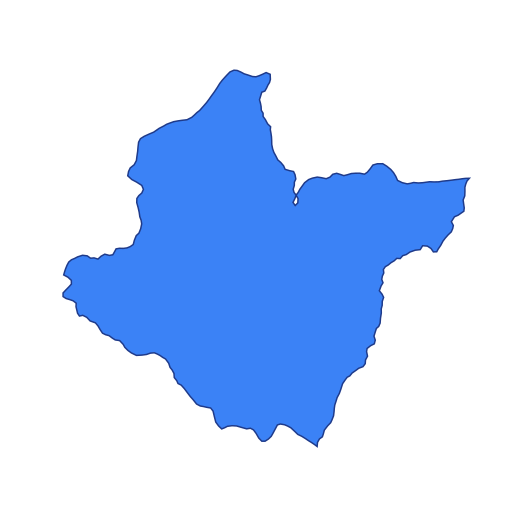 the district of Varzelândia, Minas Gerais, Brazil, rotated 298°
{"feature_id": "56859067B50671796395977", "entity_name": "Varzelândia", "entity_type": "district", "adm_level": 2, "iso_a3": "BRA", "parent_name": "Brazil", "parent_adm1": "Minas Gerais", "projection": "albers", "projection_center": [-43.92, -15.637], "detail": "fine", "context": "isolated", "style": "filled", "palette": "blue", "viewbox_px": 512, "rotation_deg": 298, "n_neighbors": 0, "source": "geoboundaries", "source_scale": "gbopen_adm2", "svg_char_len": 4449}
<svg xmlns="http://www.w3.org/2000/svg" viewBox="0 0 512 512"><g transform="rotate(298 256 256)"><path d="M116.5,399.4L120.3,397.8L124.3,397.9L127.5,399.5L130.4,399.0L134.3,398.1L139.7,399.0L143.9,400.2L147.1,400.0L151.3,399.5L155.2,398.0L158.4,396.6L161.5,395.5L165.0,394.9L169.1,394.1L173.7,394.1L177.9,393.5L183.9,392.4L188.4,392.9L191.7,393.4L194.2,395.1L197.8,395.8L201.7,397.8L205.1,399.4L208.5,402.4L212.2,403.0L215.6,401.5L219.9,401.5L223.5,398.5L226.5,397.5L230.6,399.3L234.0,401.7L237.7,400.8L240.6,397.8L245.2,396.9L248.6,396.3L251.4,397.4L255.0,397.1L259.6,395.1L264.5,393.4L268.1,391.4L271.6,390.6L275.2,388.8L279.4,388.1L281.5,385.2L283.2,381.2L288.4,380.5L292.0,380.7L294.4,378.0L297.6,377.0L301.0,376.8L303.9,374.8L307.3,375.2L310.2,377.0L313.4,378.3L316.7,380.3L320.0,381.4L321.4,384.5L325.2,385.4L327.8,388.0L331.8,390.1L335.9,393.9L338.7,398.0L343.3,398.3L345.2,402.7L344.8,406.9L342.9,410.7L344.6,413.6L347.7,413.6L352.1,414.1L356.9,414.1L360.6,414.7L364.8,415.7L369.0,417.1L372.6,416.8L375.6,415.9L378.0,412.4L383.8,412.8L386.9,415.3L389.8,416.8L393.1,418.5L396.2,417.3L399.2,415.1L402.7,412.6L407.1,412.1L411.2,410.1L414.7,408.2L418.1,407.4L421.3,407.1L424.8,407.9L422.8,404.4L421.0,401.8L418.9,399.0L417.1,396.3L415.0,393.4L412.4,389.7L409.7,385.6L407.2,382.4L405.0,378.5L403.1,374.5L401.1,371.7L399.0,368.8L396.7,365.1L394.9,360.7L392.8,358.4L390.7,355.7L389.4,350.7L389.2,345.5L391.9,342.1L394.2,338.2L395.7,334.3L396.7,329.2L397.0,324.6L394.4,319.8L391.2,316.5L386.7,315.9L382.3,315.0L379.2,313.4L377.8,308.7L375.8,305.0L373.6,301.5L370.6,298.5L368.2,295.8L367.6,292.1L366.9,288.4L364.2,285.4L360.4,284.3L357.2,281.7L355.8,276.8L354.4,273.0L351.2,269.2L348.2,266.6L343.5,264.5L339.0,263.9L335.6,263.4L332.0,263.4L328.5,262.9L330.0,259.7L332.4,257.5L336.3,256.7L339.2,255.2L342.7,255.0L346.1,252.3L348.2,249.5L347.1,245.6L346.2,241.0L348.6,238.0L350.2,234.0L351.1,230.1L353.6,226.6L355.9,223.1L358.4,220.4L361.8,217.6L365.7,215.4L368.5,213.7L371.5,211.5L374.3,209.3L377.0,208.2L378.1,204.3L380.9,200.1L382.5,196.8L385.4,195.2L387.1,192.3L390.4,190.3L393.0,188.2L395.6,185.7L399.3,185.0L403.3,184.2L405.8,186.4L409.2,186.5L412.4,186.3L415.5,186.5L418.7,185.8L423.1,183.2L422.7,178.8L419.6,176.5L416.6,174.1L414.2,171.8L412.8,168.6L412.0,163.7L411.3,160.1L411.3,156.3L411.0,152.3L409.7,149.3L406.3,146.6L401.8,145.3L398.7,144.5L395.0,143.6L391.4,143.0L386.6,142.7L381.5,142.2L376.6,141.5L371.9,140.9L368.1,140.3L362.5,139.0L358.0,137.9L354.9,136.5L351.5,135.4L348.3,134.2L343.9,131.1L340.8,126.6L338.6,123.6L336.0,120.3L332.8,117.4L330.3,115.2L327.6,113.6L323.3,110.6L317.3,107.5L313.5,104.4L309.2,101.1L305.4,98.9L301.4,98.9L297.0,100.6L292.8,102.4L288.3,104.0L284.1,105.6L279.4,105.6L274.7,103.6L270.8,103.8L266.6,105.1L265.2,110.4L265.2,115.9L264.7,122.0L262.0,125.3L258.0,125.6L254.3,124.2L250.9,123.8L247.2,125.6L243.3,129.3L239.8,132.3L236.1,135.0L233.6,137.8L230.7,140.0L225.9,141.4L221.2,141.9L217.8,140.7L212.9,141.2L208.5,142.2L205.2,140.5L202.6,138.3L200.5,135.4L198.7,131.8L196.6,129.1L193.1,129.1L189.9,129.0L187.7,126.3L186.6,121.6L183.1,119.3L179.1,117.9L178.3,113.9L176.4,111.0L176.9,106.9L175.2,102.5L171.5,98.9L168.6,96.9L166.0,94.8L162.8,93.5L159.0,93.5L155.1,93.9L152.2,94.4L149.0,95.1L149.0,99.9L147.8,104.4L144.5,106.2L140.6,105.2L136.6,104.0L132.8,103.0L129.6,104.7L129.3,108.3L130.1,112.2L130.6,115.7L129.9,119.4L126.7,120.9L124.0,123.3L121.7,125.3L120.1,128.3L122.3,130.9L122.4,135.4L120.8,140.0L121.6,145.6L120.1,149.3L117.9,152.8L115.8,156.7L115.9,160.2L116.7,163.7L116.1,167.4L115.8,171.1L117.3,175.3L115.6,180.3L113.8,183.0L112.5,187.2L111.9,191.4L112.1,197.1L115.1,202.0L117.6,205.5L120.7,208.4L122.8,211.7L123.1,214.9L123.1,218.1L122.7,221.1L122.6,224.5L120.3,229.3L117.3,232.4L116.0,235.4L113.8,238.7L110.3,240.9L108.7,244.6L106.8,247.0L106.9,250.5L105.3,254.9L102.9,260.0L101.1,263.9L99.5,268.2L97.4,273.0L97.4,277.2L98.4,280.2L99.3,283.6L100.5,287.3L98.9,290.9L94.8,294.5L90.5,298.4L88.4,302.7L87.2,306.9L89.6,308.9L92.2,310.7L94.9,314.5L96.8,318.6L97.6,322.4L99.0,328.9L101.3,331.9L101.3,335.4L99.4,339.4L96.5,344.0L95.2,348.1L96.8,351.0L100.2,352.9L103.9,354.1L107.2,354.2L111.3,354.2L116.9,354.2L119.1,356.4L120.4,360.4L120.7,363.6L120.7,367.3L119.6,371.5L118.1,376.7L118.3,380.9L118.0,385.4L117.6,389.1L117.4,392.5L117.0,396.3L116.5,399.4ZM328.5,262.9L326.4,266.2L322.5,268.0L319.0,266.9L320.7,263.5L324.7,263.4L328.5,262.9Z" fill="#3b82f6" stroke="#1e3a8a" stroke-width="1.5"/></g></svg>